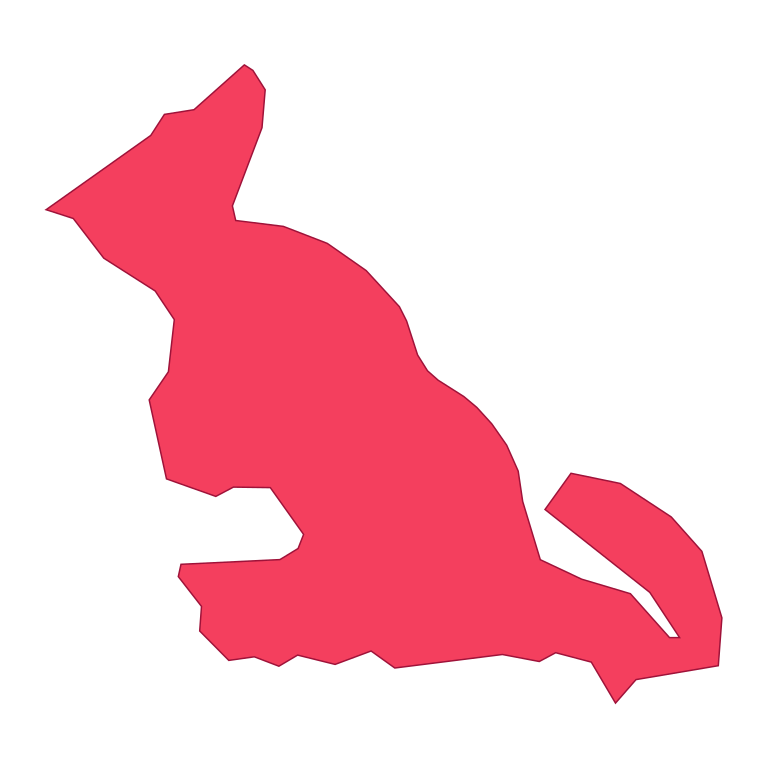 Larne, Natural Earth projection
{"feature_id": "GBR-2095", "entity_name": "Larne", "entity_type": "District", "adm_level": 1, "iso_a3": "GBR", "parent_name": "United Kingdom", "parent_adm1": "", "projection": "natural_earth1", "projection_center": [-5.903, 54.904], "detail": "fine", "context": "isolated", "style": "filled", "palette": "rose", "viewbox_px": 768, "rotation_deg": 0, "n_neighbors": 0, "source": "natural_earth", "source_scale": "10m", "svg_char_len": 964}
<svg xmlns="http://www.w3.org/2000/svg" viewBox="0 0 768 768"><path d="M244.4,64.9L252.9,70.4L265.2,89.8L262.0,127.7L232.4,205.9L235.7,220.5L283.4,226.4L327.3,243.4L366.2,270.6L399.4,306.7L406.6,321.0L417.6,355.0L427.5,370.8L438.1,380.2L463.9,396.6L476.8,407.4L491.9,424.0L506.7,445.2L518.2,471.1L522.7,501.5L540.3,559.7L581.7,579.2L630.4,593.7L669.5,637.6L679.6,637.6L649.8,592.4L545.0,509.5L571.0,473.3L620.4,483.5L671.3,517.0L701.9,551.4L721.9,617.9L718.3,665.7L636.0,679.6L615.5,703.1L591.3,662.1L555.7,652.7L539.3,661.5L502.4,654.5L394.8,668.0L371.1,651.0L335.1,664.4L297.6,655.1L278.9,666.2L254.3,656.8L228.8,660.4L199.7,631.0L201.5,606.4L178.3,576.6L181.0,564.3L279.9,559.6L298.1,548.5L303.6,534.4L270.3,487.6L233.4,487.1L215.8,496.4L166.5,478.9L149.2,399.9L168.4,371.8L174.3,319.6L155.2,291.0L103.8,258.2L73.3,218.5L46.1,209.7L150.8,135.4L164.4,114.4L194.0,109.7L241.4,67.5L244.2,65.0L244.4,64.9Z" fill="#f43f5e" stroke="#9f1239" stroke-width="1.5"/></svg>